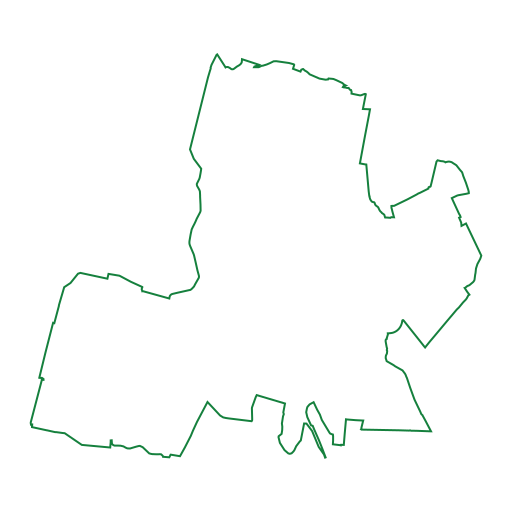 the district of Medgidia, Constanta, Romania, rotated 90°
{"feature_id": "2599482B71920226785357", "entity_name": "Medgidia", "entity_type": "district", "adm_level": 2, "iso_a3": "ROU", "parent_name": "Romania", "parent_adm1": "Constanta", "projection": "equal_earth", "projection_center": [28.275, 44.229], "detail": "fine", "context": "isolated", "style": "outline", "palette": "green", "viewbox_px": 512, "rotation_deg": 90, "n_neighbors": 0, "source": "geoboundaries", "source_scale": "gbopen_adm2", "svg_char_len": 5903}
<svg xmlns="http://www.w3.org/2000/svg" viewBox="0 0 512 512"><g transform="rotate(90 256 256)"><path d="M294.7,42.6L291.8,44.8L288.0,47.3L287.9,47.0L285.9,44.5L285.7,43.7L285.1,42.5L282.0,38.8L280.6,37.8L279.8,37.5L274.5,36.8L273.1,36.5L268.5,36.0L264.1,34.6L258.9,31.8L257.5,31.3L255.6,30.7L223.5,46.0L225.9,50.5L222.6,50.8L217.7,52.9L217.0,51.4L215.3,52.0L214.6,52.5L213.5,53.1L198.1,60.2L195.5,54.7L195.2,53.5L193.8,45.8L193.2,43.2L192.0,43.2L189.6,43.8L182.7,46.1L176.1,48.7L174.1,49.3L172.3,49.9L171.6,50.5L169.9,52.0L165.3,55.6L164.6,56.6L163.3,58.7L162.2,60.3L161.9,61.3L161.6,62.7L161.6,63.7L161.9,65.3L162.3,66.5L162.1,66.6L161.5,68.2L161.3,69.1L161.1,71.2L160.3,74.4L161.6,75.5L182.4,80.4L186.4,81.4L186.7,81.7L186.9,82.6L187.2,83.3L187.6,83.5L188.0,83.6L188.6,83.6L189.2,84.8L192.4,91.2L192.8,92.0L193.2,92.9L193.4,93.6L193.9,94.3L194.8,95.9L199.4,104.6L205.9,118.0L205.9,120.1L206.0,120.6L208.0,120.5L209.0,120.2L211.9,119.5L217.3,118.0L217.2,120.8L217.8,121.5L217.7,123.3L217.6,124.1L217.5,126.9L214.8,127.7L214.0,128.6L213.1,130.0L212.3,130.6L211.3,131.7L210.3,132.4L208.0,133.5L207.5,133.7L206.9,134.2L205.7,135.9L204.8,136.7L203.8,137.1L202.8,137.4L202.3,137.8L202.0,139.3L201.7,140.0L201.5,140.3L199.5,141.7L197.3,142.4L196.3,142.4L196.1,142.7L191.4,143.3L164.5,145.7L164.4,146.8L163.4,152.1L136.9,147.2L115.9,143.2L109.3,142.0L109.0,149.1L94.2,146.2L94.0,146.6L93.9,147.0L94.0,147.6L95.2,150.7L95.3,151.2L95.4,152.0L94.0,158.8L93.6,160.5L91.9,160.4L90.1,160.9L90.0,161.6L89.9,161.8L89.2,162.4L88.9,162.7L87.9,163.4L88.0,164.8L87.5,166.7L87.4,168.2L87.1,169.1L86.1,168.5L86.0,168.0L85.7,167.4L85.4,166.4L84.8,167.6L84.6,167.9L83.8,168.8L83.0,169.7L81.0,173.9L80.2,175.6L79.0,178.5L78.8,180.1L78.5,183.5L78.8,183.7L79.4,183.9L79.7,186.4L78.6,192.5L74.3,202.4L73.1,203.5L71.6,205.3L70.6,207.1L69.0,208.9L69.0,209.0L69.7,210.7L71.6,211.5L68.8,219.0L64.9,217.8L64.3,218.2L63.0,223.0L61.2,235.7L61.3,238.4L63.0,241.8L64.5,245.3L65.7,249.2L65.8,250.4L67.0,252.8L67.2,253.5L67.2,257.9L66.6,257.6L65.9,255.7L65.3,253.6L64.8,252.9L59.2,270.0L61.9,270.2L62.7,270.4L63.2,270.8L64.1,271.4L65.3,272.9L66.5,275.0L68.9,278.2L69.2,278.9L69.3,280.0L69.0,280.8L67.9,282.3L67.0,284.1L67.1,286.1L67.4,286.5L66.2,287.2L54.4,294.8L54.8,295.4L64.9,300.5L67.7,301.4L68.2,301.3L68.5,301.3L71.0,302.1L77.4,304.0L89.8,307.1L149.4,322.0L158.8,318.2L168.7,310.8L170.4,311.0L173.4,311.5L177.7,312.3L179.1,312.8L182.9,314.7L183.7,315.1L184.2,315.2L185.1,315.1L185.9,314.9L189.6,312.8L190.8,312.3L191.5,312.1L195.3,311.9L196.7,311.9L204.7,311.5L210.7,311.4L211.5,311.6L212.3,311.9L218.8,315.3L221.6,316.5L224.1,317.7L226.6,319.0L229.4,320.3L234.5,321.4L240.9,322.5L242.0,322.6L243.2,322.6L244.4,322.4L246.1,321.8L254.3,318.3L255.3,318.0L255.2,318.0L263.0,316.2L270.2,314.6L275.7,313.1L276.8,313.0L277.8,313.2L284.3,316.9L286.5,318.0L288.1,319.5L289.2,320.6L289.6,321.2L289.9,321.6L290.3,323.6L290.8,325.8L292.6,333.9L294.0,339.8L294.3,340.5L294.8,341.2L295.9,342.1L296.5,342.3L297.4,342.5L298.5,342.7L291.2,369.0L291.2,369.3L291.3,369.7L290.5,369.9L289.3,370.3L289.0,370.3L288.3,370.1L287.4,369.7L287.0,369.7L281.8,381.1L276.3,391.4L275.7,392.6L273.9,403.5L278.7,404.6L272.9,431.6L273.7,434.0L283.0,441.5L287.2,447.8L305.3,453.1L305.9,453.1L323.2,457.7L322.8,458.9L352.4,466.5L377.8,472.7L377.9,472.3L377.9,470.0L379.0,468.5L379.9,468.5L379.9,470.2L380.1,470.2L421.8,481.1L422.9,481.3L424.7,481.0L424.5,479.8L425.3,479.8L425.6,480.0L427.1,480.0L430.3,465.3L430.3,465.1L432.1,457.0L432.1,456.0L433.0,449.4L433.2,447.3L435.4,444.1L444.9,430.2L447.5,401.8L442.1,401.3L440.4,401.3L440.3,400.3L443.3,400.1L443.8,399.9L444.4,399.6L444.8,399.1L445.1,398.6L445.4,398.0L445.6,397.4L445.6,394.1L445.7,391.5L446.4,388.5L447.4,386.8L448.1,385.4L448.4,384.4L448.5,382.0L446.6,375.6L446.0,373.2L445.9,372.1L447.2,369.3L453.1,363.1L453.4,362.8L453.9,360.9L454.1,359.7L454.2,357.4L454.3,354.9L454.2,352.3L454.3,350.9L455.5,349.6L456.1,349.1L456.5,348.9L456.8,348.9L457.3,342.7L454.7,341.4L454.7,341.0L456.2,332.0L447.4,327.1L443.1,324.9L435.9,321.2L430.8,319.1L421.9,315.0L402.0,304.5L415.5,291.9L417.4,288.8L418.0,286.1L418.4,283.4L421.2,260.4L420.4,259.9L419.3,259.8L408.3,260.1L407.5,260.0L397.2,256.3L395.1,255.3L403.5,227.0L412.4,228.7L414.1,228.2L416.4,229.0L421.0,229.7L422.4,229.9L423.3,230.1L426.7,229.7L430.0,229.8L433.9,230.4L436.2,233.3L437.1,233.5L442.9,232.1L450.1,227.5L453.4,223.7L453.8,222.2L453.3,220.4L451.4,218.5L450.1,217.6L446.2,215.8L441.4,212.2L440.5,211.2L423.5,207.9L423.6,205.5L431.0,199.9L446.9,193.3L454.5,188.0L457.6,186.9L457.4,186.4L448.7,189.7L440.4,193.0L429.7,197.7L425.8,199.3L425.4,200.9L417.1,204.7L412.2,205.8L408.1,205.0L406.8,204.5L404.4,202.4L402.2,198.4L409.6,194.9L414.6,192.1L419.9,190.2L425.4,186.9L432.7,182.5L433.5,181.9L434.2,180.3L434.5,179.1L436.1,178.9L440.5,178.9L442.1,179.0L444.3,179.1L445.1,172.3L445.1,171.5L445.3,171.2L444.8,171.0L444.9,168.2L433.8,167.3L419.3,166.0L419.5,164.7L420.2,155.9L420.5,149.6L420.5,148.8L427.4,150.5L428.2,150.6L428.9,150.6L429.1,150.7L429.3,150.9L429.6,150.5L430.3,112.7L430.6,102.7L430.4,102.2L430.4,101.7L430.7,101.1L430.8,95.4L431.3,82.3L431.3,81.0L421.0,86.4L415.3,89.5L415.2,89.5L414.1,90.7L411.5,91.8L399.6,97.5L387.8,101.8L377.9,105.1L376.7,105.7L374.8,106.4L373.7,107.0L370.4,109.5L370.0,110.2L368.1,113.6L366.2,117.0L365.2,118.3L361.2,125.3L358.1,126.3L356.2,126.2L355.4,126.0L353.6,125.1L351.0,124.8L350.1,125.2L348.4,124.9L347.3,125.3L341.8,126.3L340.8,126.4L339.7,126.2L339.2,125.8L338.9,125.2L338.0,125.2L334.5,124.1L333.3,124.2L333.3,123.2L333.1,121.3L332.9,120.0L332.6,118.8L332.0,117.3L331.1,115.7L330.2,114.5L328.7,113.0L327.0,111.8L325.5,111.0L323.6,110.3L322.5,110.0L320.6,109.7L320.2,109.4L320.1,108.9L320.6,108.3L341.5,91.7L346.2,88.0L347.5,86.9L345.7,85.5L341.6,82.2L337.7,78.9L321.1,65.0L309.5,55.2L307.5,53.1L302.5,49.0L299.6,46.2L298.4,45.3L295.4,43.7L294.7,42.6Z" fill="none" stroke="#15803d" stroke-width="2"/></g></svg>